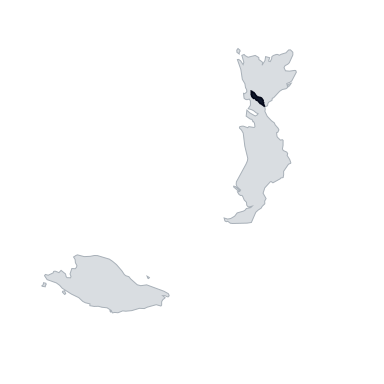 Tenom, Sabah, Malaysia shown in context, rotated 313°
{"feature_id": "92858781B47862255723096", "entity_name": "Tenom", "entity_type": "district", "adm_level": 2, "iso_a3": "MYS", "parent_name": "Malaysia", "parent_adm1": "Sabah", "projection": "robinson", "projection_center": [115.899, 4.893], "detail": "fine", "context": "in_parent", "style": "filled", "palette": "ink", "viewbox_px": 384, "rotation_deg": 313, "n_neighbors": 0, "source": "geoboundaries", "source_scale": "gbopen_adm2", "svg_char_len": 5580}
<svg xmlns="http://www.w3.org/2000/svg" viewBox="0 0 384 384"><g transform="rotate(313 192 192)"><path d="M333.8,190.7L331.6,190.3L328.6,188.2L325.5,187.4L316.6,187.4L315.3,186.8L313.5,188.0L310.4,186.9L308.6,187.1L306.6,188.4L303.8,187.2L302.5,189.1L300.7,190.3L298.7,195.3L298.3,201.4L298.7,205.1L297.8,207.1L297.4,211.4L296.7,213.2L294.2,214.0L293.1,213.4L290.8,216.0L290.3,217.1L290.2,221.2L291.9,222.5L291.9,223.4L288.2,226.8L285.1,228.8L284.6,230.5L285.8,234.1L285.3,235.8L283.6,236.7L282.4,241.3L280.8,244.3L280.3,244.6L278.1,243.6L269.6,244.9L267.1,247.3L264.7,248.8L262.8,247.4L261.8,247.5L253.9,244.9L253.6,242.7L252.8,242.3L244.7,242.4L239.6,244.8L237.7,250.7L235.0,251.3L233.0,253.3L229.5,253.1L227.3,253.6L223.9,252.7L220.6,252.5L210.2,256.2L206.9,253.6L196.7,243.2L195.3,241.3L195.0,238.1L193.9,237.6L193.5,236.7L193.3,235.8L194.9,233.2L196.5,236.5L199.0,238.4L203.4,239.7L207.5,239.3L213.2,242.7L215.0,243.2L217.0,243.0L220.6,245.6L222.8,245.7L219.9,243.9L219.4,242.5L219.7,241.0L221.6,238.9L221.8,235.6L223.2,232.5L223.6,230.9L222.5,229.8L222.3,227.8L223.1,225.1L225.0,226.5L226.6,226.2L226.6,221.2L227.8,219.0L229.8,217.5L249.2,212.5L252.5,211.3L254.6,209.9L261.6,199.3L270.0,189.3L271.1,185.8L271.1,183.3L271.5,182.7L272.4,182.4L274.3,183.7L275.2,184.7L277.0,188.9L278.6,189.0L281.3,193.1L282.0,193.6L282.8,193.4L284.9,190.8L285.5,188.8L285.0,188.6L286.0,186.3L285.1,184.9L284.4,179.9L289.3,176.3L289.3,180.4L290.7,186.4L293.1,187.2L294.4,186.9L293.7,185.1L293.5,181.6L292.8,179.3L291.2,176.3L295.3,175.6L298.5,172.5L299.0,170.5L297.0,169.3L296.2,167.8L296.1,166.1L299.3,162.4L299.7,163.4L301.7,163.8L302.7,163.7L304.1,162.2L304.8,160.0L307.3,156.8L308.7,152.0L314.9,144.2L319.8,134.9L320.8,135.7L321.1,138.1L320.0,142.5L322.2,141.5L325.9,135.3L328.1,136.3L328.0,138.0L328.8,141.1L335.0,145.1L335.9,149.1L334.5,150.6L335.0,154.5L334.5,155.7L332.5,156.8L338.0,155.7L341.2,153.5L343.2,157.2L340.0,158.7L340.7,160.3L343.7,159.4L345.5,158.1L347.3,158.4L350.2,159.9L351.0,160.8L351.6,162.6L353.6,163.3L357.9,165.8L361.8,165.8L363.1,167.1L363.0,170.4L361.0,172.3L352.9,175.0L350.8,174.9L347.9,173.9L345.7,174.5L344.4,177.7L346.9,180.9L351.0,184.2L351.6,185.0L350.8,186.6L341.3,189.2L339.4,188.9L335.9,187.3L333.8,190.7ZM29.1,145.8L30.2,141.2L31.7,141.0L33.1,143.6L38.1,145.6L39.6,145.0L40.2,145.4L40.9,146.1L42.3,149.7L45.4,149.7L45.8,155.4L44.3,157.6L44.1,159.0L46.4,161.7L47.7,161.1L48.9,158.7L54.1,156.3L56.2,158.9L58.2,158.9L59.7,158.0L60.8,154.9L62.9,152.6L63.7,149.7L66.7,150.5L67.9,151.1L71.2,157.2L75.6,161.5L79.0,163.9L81.0,166.2L86.5,177.3L87.1,180.9L87.4,186.3L86.5,194.6L85.5,198.7L85.6,200.6L87.0,203.6L86.6,206.4L86.8,215.2L88.5,218.4L93.2,222.2L100.3,239.2L101.5,244.0L100.8,245.8L99.5,246.3L98.5,245.4L97.8,243.0L96.2,241.2L96.3,244.5L93.3,244.1L91.1,244.6L88.6,246.9L87.4,247.0L85.2,242.7L77.2,237.8L74.2,236.6L71.1,232.9L64.1,228.8L59.6,224.8L57.8,222.4L53.2,220.2L51.2,217.6L49.3,216.2L50.3,213.7L49.4,208.9L46.2,204.6L44.6,201.5L41.6,198.5L39.2,194.8L40.6,193.7L38.3,189.6L37.5,186.7L37.5,181.2L35.1,173.4L33.1,162.7L33.5,158.9L33.0,154.8L29.1,145.8ZM326.2,131.4L325.1,132.4L324.8,129.6L326.3,128.0L328.3,127.8L328.4,130.3L327.9,131.1L326.2,131.4ZM24.4,145.3L25.6,147.4L24.7,148.6L24.0,148.3L22.6,149.3L21.1,147.2L20.9,146.2L22.7,146.4L24.4,145.3ZM225.7,225.5L225.1,225.8L224.3,225.1L224.1,219.0L224.7,218.5L225.5,219.7L225.7,225.5ZM32.8,166.2L31.5,169.0L30.2,168.7L30.4,165.5L31.2,165.1L32.8,166.2ZM339.2,190.4L336.8,190.8L335.1,190.8L335.3,189.2L336.1,188.9L339.2,190.4ZM100.4,219.2L99.1,219.3L98.8,218.5L99.8,216.5L100.4,219.2ZM49.7,214.1L48.8,214.5L48.9,213.3L49.6,212.6L49.7,214.1Z" fill="#d9dde1" stroke="#a8b0b8" stroke-width="1"/><path d="M304.3,186.4L304.6,185.5L304.7,185.3L305.0,184.9L305.0,184.7L305.2,184.2L305.4,184.0L305.6,183.9L306.0,183.7L306.4,183.2L306.4,182.9L306.4,182.6L306.5,182.2L306.8,182.0L307.1,181.9L307.4,181.8L307.6,181.4L307.7,181.0L307.8,180.7L307.8,180.3L307.8,180.0L308.0,179.7L308.1,179.4L308.1,178.4L307.9,178.0L307.8,177.8L307.7,177.5L307.6,177.3L307.6,177.1L307.4,176.9L307.1,176.8L306.9,176.6L306.9,176.4L306.9,176.2L306.8,175.8L306.4,175.7L306.1,175.5L306.0,175.2L305.9,175.0L306.0,174.8L306.2,174.5L306.3,174.2L306.2,172.9L306.4,172.5L306.4,172.1L306.5,171.8L306.7,171.3L306.7,171.0L306.8,170.3L306.9,170.0L306.9,169.7L306.9,169.0L306.7,168.7L306.4,168.4L306.4,167.9L306.5,167.6L306.5,167.2L306.4,166.7L306.2,166.5L306.0,167.0L305.9,167.1L305.7,167.2L305.4,167.2L305.4,167.4L305.4,167.5L305.4,168.0L305.1,168.4L305.0,168.5L304.8,168.6L304.7,168.5L304.6,168.4L304.4,168.3L304.2,168.3L304.0,168.5L303.9,168.5L303.8,168.9L303.7,169.1L303.7,169.3L303.5,169.5L303.4,169.6L303.3,169.9L303.2,169.7L303.0,169.8L302.9,170.2L302.7,170.6L302.7,170.8L302.6,171.0L302.7,171.3L302.5,171.5L302.4,171.8L302.5,172.0L302.6,172.3L302.6,172.5L302.5,172.8L302.4,172.9L302.4,173.1L302.5,173.3L302.8,173.3L302.8,173.6L303.0,173.7L303.3,174.0L303.5,174.1L303.5,174.3L303.3,174.8L303.3,175.3L303.2,175.5L303.0,176.1L303.0,176.4L303.0,176.6L303.1,176.8L303.3,176.9L303.5,177.0L303.7,177.3L303.7,177.5L303.7,177.8L303.7,178.2L303.6,178.4L303.5,178.5L303.6,178.9L303.5,179.0L303.4,179.2L303.4,179.3L303.4,179.5L303.5,179.6L303.4,179.9L303.4,180.1L303.4,180.3L303.4,180.5L303.3,180.8L303.3,181.0L303.2,181.2L303.2,181.4L303.2,181.6L303.3,181.8L303.4,182.0L303.5,182.3L303.8,182.5L303.8,182.8L303.8,183.1L303.7,183.5L303.7,183.8L303.7,184.0L303.8,184.1L304.0,184.3L304.0,184.6L303.9,184.8L303.9,185.1L303.9,185.3L304.0,185.4L304.0,185.8L304.1,186.0L304.0,186.3L304.3,186.4Z" fill="#0f172a" stroke="#020617" stroke-width="1.5"/></g></svg>